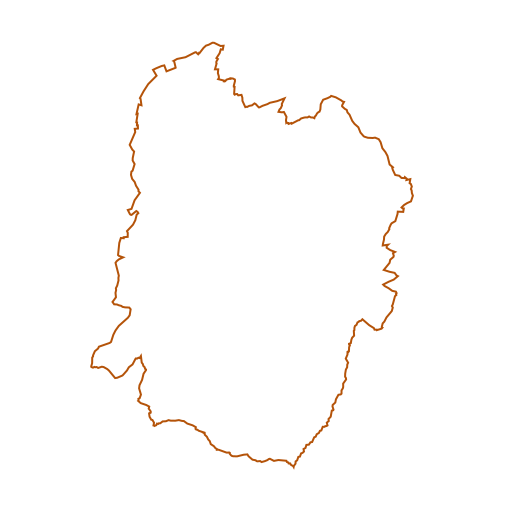 the district of Ciucsangeorgiu, Harghita, Romania, rotated 101°
{"feature_id": "2599482B775489854413", "entity_name": "Ciucsangeorgiu", "entity_type": "district", "adm_level": 2, "iso_a3": "ROU", "parent_name": "Romania", "parent_adm1": "Harghita", "projection": "mercator", "projection_center": [26.04, 46.348], "detail": "fine", "context": "isolated", "style": "outline", "palette": "amber", "viewbox_px": 512, "rotation_deg": 101, "n_neighbors": 0, "source": "geoboundaries", "source_scale": "gbopen_adm2", "svg_char_len": 6094}
<svg xmlns="http://www.w3.org/2000/svg" viewBox="0 0 512 512"><g transform="rotate(101 256 256)"><path d="M98.0,388.0L107.8,394.6L115.8,397.8L123.2,400.1L123.8,399.3L129.9,397.2L129.6,400.1L139.5,400.4L139.0,399.3L147.6,399.0L147.6,398.2L150.5,397.8L150.3,396.9L153.4,396.2L154.3,399.3L157.4,398.2L171.0,401.2L175.1,397.8L176.7,395.6L183.4,395.7L185.8,395.3L188.9,392.7L195.8,393.4L196.9,394.4L200.2,394.2L203.9,392.3L206.5,389.2L209.9,387.2L213.3,384.0L214.9,383.7L216.1,382.0L224.4,385.8L233.5,387.2L235.3,390.6L238.9,387.8L239.4,387.0L239.4,386.0L234.7,382.1L235.3,380.7L236.4,379.7L238.2,381.0L243.9,381.3L248.7,382.7L256.2,387.4L257.7,386.3L261.7,385.6L262.8,389.5L263.8,389.3L264.1,392.1L269.2,392.7L281.4,391.6L282.1,390.4L282.7,386.2L285.5,390.0L287.7,391.8L289.5,392.6L301.5,386.9L303.7,386.9L306.2,386.3L311.6,386.6L314.4,387.4L316.1,386.8L319.0,386.9L323.2,385.6L328.5,388.1L330.5,386.0L330.1,383.2L330.5,381.5L330.7,378.6L331.4,377.4L331.4,374.7L330.8,370.6L332.2,368.9L338.3,368.7L341.1,370.0L350.7,377.3L355.9,379.7L360.5,381.0L368.0,381.9L369.3,383.1L375.0,392.9L377.0,393.4L380.2,396.0L384.7,397.0L385.7,396.8L386.9,397.4L392.5,396.4L395.8,396.7L396.4,396.4L396.7,394.7L395.7,393.5L395.9,392.7L395.4,391.3L396.0,389.6L394.1,386.2L394.1,384.3L395.4,380.4L396.5,378.5L402.7,371.0L402.0,369.0L398.8,364.3L397.9,363.7L393.0,360.8L389.5,359.6L386.0,356.5L380.0,354.7L379.4,354.3L379.5,353.3L378.3,352.0L378.4,350.8L376.1,349.9L382.5,347.8L383.6,346.5L385.4,345.6L386.5,344.0L387.9,343.4L388.4,342.3L389.0,342.2L393.0,343.9L399.4,344.2L405.1,345.7L408.2,345.5L414.0,342.5L417.8,343.1L418.6,344.2L420.3,343.7L420.7,344.0L422.4,341.1L423.2,335.3L424.2,332.1L426.3,332.2L428.2,330.1L429.2,329.5L430.1,329.6L430.6,330.8L431.0,330.9L434.1,329.8L436.7,327.6L436.7,326.4L439.1,324.3L441.7,324.3L441.6,323.8L442.2,323.3L441.1,321.6L439.4,321.2L439.5,320.0L438.8,319.5L438.5,318.1L436.2,316.1L435.4,312.9L433.8,310.5L433.9,308.3L433.1,303.9L431.8,300.4L432.0,297.2L431.8,295.3L433.6,291.5L434.3,285.9L435.5,282.4L437.2,282.4L437.8,281.5L437.7,280.5L438.5,278.7L439.1,273.9L439.4,274.3L440.0,272.5L441.2,272.2L442.8,269.7L445.2,267.9L446.5,266.1L449.3,264.5L450.7,261.1L452.4,259.1L452.9,257.6L453.7,257.5L453.3,255.8L454.6,247.4L454.0,244.6L454.3,244.1L455.1,244.1L456.4,242.5L456.9,241.3L456.9,240.1L456.3,236.4L453.4,230.1L452.4,226.6L454.0,225.1L456.6,220.6L456.6,217.3L457.2,216.4L457.3,215.5L456.5,212.8L457.2,211.2L455.7,208.2L454.2,205.9L452.9,204.7L452.4,203.7L453.7,199.3L452.0,195.1L451.2,187.1L452.3,186.4L452.5,184.9L453.4,184.4L453.1,182.8L454.2,182.1L455.2,179.4L455.9,178.8L454.8,178.8L452.3,177.6L450.1,177.9L448.7,176.6L445.1,176.1L444.5,174.6L441.2,174.1L440.4,172.8L438.8,171.6L436.4,172.5L435.0,170.8L431.8,170.5L431.1,168.1L428.5,167.0L427.9,165.4L422.9,164.3L421.9,162.9L419.4,162.4L417.7,160.5L415.4,159.9L414.8,158.6L410.9,157.9L410.6,156.1L409.8,155.6L409.5,154.4L408.7,153.5L406.1,154.7L404.1,153.1L402.2,153.7L399.5,152.0L393.3,152.1L392.7,150.8L392.1,150.6L389.1,152.2L387.6,152.3L384.7,150.2L381.4,150.2L376.5,148.6L375.7,146.4L374.8,145.8L371.6,146.4L369.3,145.5L368.0,145.4L364.6,146.1L360.0,144.0L358.7,144.4L357.5,145.5L354.5,146.0L350.3,146.1L347.9,145.3L345.1,145.7L343.2,145.2L339.6,148.3L335.3,147.4L332.6,147.9L332.1,147.3L332.4,146.9L331.8,146.6L327.7,147.2L325.7,146.8L325.2,147.7L324.4,147.9L323.4,146.3L320.0,146.4L317.8,146.0L315.5,144.5L310.8,145.7L310.0,145.3L307.7,145.7L305.8,145.5L304.4,144.2L301.8,143.7L301.0,142.6L300.3,142.3L299.5,140.5L297.8,139.5L302.3,131.7L304.3,126.5L305.7,125.6L305.3,123.4L305.7,123.2L303.4,118.9L302.5,118.4L302.5,119.6L302.2,119.0L298.0,118.8L295.9,117.5L291.4,116.2L284.1,112.2L280.5,111.9L279.2,113.0L277.5,112.5L268.9,111.9L267.5,110.8L266.5,111.4L265.6,110.9L264.3,111.9L264.2,115.6L262.3,119.7L260.9,124.1L259.8,125.7L256.0,120.9L252.9,116.3L248.7,112.9L248.3,114.3L246.1,116.7L246.0,122.0L245.3,127.9L237.3,123.6L234.0,123.5L230.7,120.9L229.5,120.8L227.1,122.1L225.5,120.3L224.6,125.3L223.0,129.3L221.3,129.6L219.7,128.5L221.5,133.6L219.8,133.7L215.6,133.5L212.5,133.9L209.6,132.8L207.4,131.3L204.2,130.2L203.3,130.6L199.4,129.7L198.0,129.1L195.2,125.9L187.8,125.1L185.4,125.3L184.6,119.9L181.2,120.0L181.3,121.2L180.6,122.4L177.7,120.4L175.2,117.7L172.8,114.3L166.9,113.5L164.4,115.0L162.0,115.7L160.7,116.7L158.1,116.3L155.8,117.7L155.2,119.1L151.1,119.2L152.7,122.8L151.4,122.7L150.2,124.9L151.2,125.0L151.6,128.1L149.9,130.7L149.9,134.8L145.4,138.1L143.5,139.1L142.8,138.5L140.7,142.3L132.7,146.0L129.3,148.8L126.1,152.5L120.5,155.4L117.9,157.8L117.1,161.7L117.9,164.0L118.6,168.8L118.2,172.4L117.8,173.3L114.9,177.0L110.1,180.1L107.5,184.5L105.0,187.3L99.4,191.2L97.6,193.6L95.3,194.8L94.6,196.9L92.7,200.0L91.6,200.2L87.9,199.0L87.8,200.6L87.0,201.9L85.0,208.0L84.5,212.8L85.5,213.4L87.4,215.9L89.8,219.9L94.7,221.4L99.9,220.8L102.2,221.2L102.9,222.2L104.4,223.3L106.7,224.0L107.8,224.8L109.6,225.0L109.2,226.5L109.5,228.6L108.9,230.5L110.1,231.8L110.5,234.0L111.0,235.3L112.4,238.0L114.4,239.5L114.8,240.6L119.3,246.2L118.7,246.7L120.1,249.2L119.3,249.6L119.5,250.3L119.0,251.3L119.5,251.7L116.9,252.5L113.6,252.6L109.3,256.1L110.0,257.9L110.2,261.4L107.7,260.9L106.2,259.9L103.2,259.2L101.9,259.7L95.8,258.1L99.9,264.7L103.0,271.7L104.7,273.7L107.3,278.2L109.4,280.9L109.6,281.6L106.9,285.3L106.5,286.6L108.9,288.7L109.9,291.3L111.4,293.2L111.3,293.8L111.9,294.9L106.3,298.9L103.2,299.6L100.6,301.0L101.7,304.1L100.6,305.4L101.0,306.8L101.7,307.7L101.1,308.4L94.0,309.3L94.0,310.1L93.2,310.3L88.3,310.0L86.8,310.4L86.2,312.5L86.4,315.0L87.0,314.9L87.3,316.4L88.5,318.6L90.3,319.6L90.7,320.3L90.7,320.8L89.9,320.7L89.6,326.9L88.4,326.4L86.6,326.8L83.8,328.3L80.0,328.7L80.6,331.9L74.6,331.4L74.2,331.8L72.7,332.0L69.9,331.0L69.3,332.6L63.9,330.4L59.8,330.0L59.8,328.0L55.8,328.0L56.6,330.8L54.7,337.9L55.0,339.5L57.7,342.8L59.0,345.2L61.7,347.2L67.7,350.2L67.5,350.7L69.0,351.3L67.4,353.9L67.8,354.8L74.3,363.1L77.6,371.0L80.2,374.1L80.3,373.7L82.0,372.8L86.5,370.8L86.7,371.0L91.8,379.1L86.4,382.4L87.5,384.9L90.7,389.7L92.9,392.6L98.0,388.0Z" fill="none" stroke="#b45309" stroke-width="2"/></g></svg>